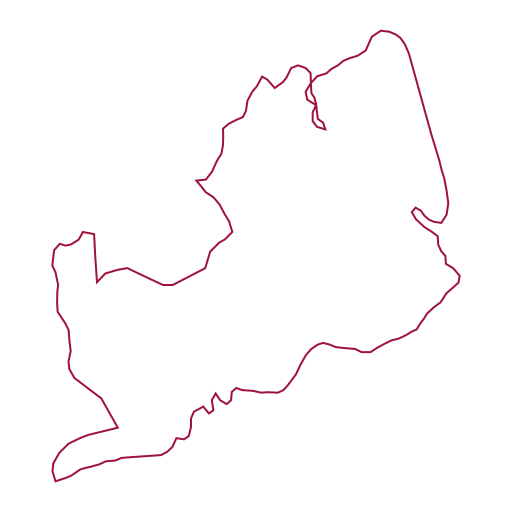 Cedral, Maranhão, Brazil (Equal Earth projection)
{"feature_id": "56859067B34122306289677", "entity_name": "Cedral", "entity_type": "district", "adm_level": 2, "iso_a3": "BRA", "parent_name": "Brazil", "parent_adm1": "Maranhão", "projection": "equal_earth", "projection_center": [-44.6, -1.977], "detail": "fine", "context": "isolated", "style": "outline", "palette": "rose", "viewbox_px": 512, "rotation_deg": 0, "n_neighbors": 0, "source": "geoboundaries", "source_scale": "gbopen_adm2", "svg_char_len": 2422}
<svg xmlns="http://www.w3.org/2000/svg" viewBox="0 0 512 512"><path d="M296.0,374.3L300.5,364.7L305.8,355.3L310.9,349.3L317.7,344.6L323.1,342.9L329.8,344.6L335.7,347.1L342.9,347.9L349.5,348.5L355.1,348.9L361.5,352.1L370.6,352.1L377.2,347.8L384.9,343.6L392.0,340.2L398.3,338.8L405.9,335.2L412.1,331.4L416.6,329.5L420.1,323.7L424.1,318.4L427.2,313.4L434.2,307.0L440.6,302.3L446.4,293.3L453.1,287.5L458.5,282.6L459.7,275.8L453.1,268.1L445.9,263.9L445.4,256.1L441.1,251.0L438.2,244.5L437.7,236.2L432.1,232.0L424.3,227.0L416.0,219.3L411.8,212.2L415.6,207.6L420.9,210.8L424.5,215.8L428.6,219.4L433.9,221.8L441.3,222.9L446.6,214.7L448.3,203.2L446.6,190.8L444.2,178.1L441.6,169.8L439.3,160.5L436.8,152.3L431.0,133.2L416.3,80.2L408.9,53.6L404.9,44.3L400.3,37.8L395.6,34.4L389.1,31.7L380.9,30.7L371.9,36.7L369.2,42.6L365.8,50.4L357.7,55.7L349.3,58.3L343.4,60.8L337.8,65.4L331.3,69.0L326.4,73.4L317.3,76.2L310.9,83.1L310.6,73.1L305.6,68.0L298.0,65.4L291.2,68.0L286.6,77.4L282.7,82.3L274.7,88.0L267.2,79.5L262.1,76.6L256.8,86.4L252.5,91.4L247.5,100.6L245.9,111.0L242.9,117.1L236.3,119.9L228.8,123.7L223.0,128.6L223.2,136.1L223.0,145.1L221.4,153.7L216.9,160.9L212.1,171.6L205.9,179.6L196.3,180.6L200.9,186.0L205.7,192.2L213.4,197.2L219.6,204.6L224.6,214.0L229.1,221.3L232.3,232.0L224.9,239.4L219.1,242.7L210.2,251.6L207.7,260.0L205.2,268.2L172.7,285.0L163.0,285.0L150.8,279.3L127.3,268.1L117.3,269.9L105.3,273.5L97.0,282.2L95.2,255.7L94.1,234.1L82.9,232.0L78.7,239.6L70.9,244.5L65.3,245.6L59.8,243.8L54.1,250.2L52.3,265.7L55.4,271.9L58.1,284.7L57.3,292.1L57.1,302.6L57.6,311.6L65.6,323.9L68.6,330.2L69.5,341.3L70.7,351.1L68.5,361.5L69.3,369.0L74.4,378.0L101.3,398.4L117.8,427.7L89.0,434.7L81.3,437.5L68.5,443.7L59.2,453.0L53.3,463.4L52.5,471.2L55.5,481.3L64.6,478.3L70.7,476.0L75.4,472.8L80.2,469.5L85.0,468.0L90.1,466.9L99.2,464.4L105.9,461.3L115.4,460.5L121.7,457.9L130.5,457.2L161.0,455.1L167.1,451.9L172.4,446.9L176.4,438.2L184.1,439.3L188.7,436.1L191.0,427.0L191.0,418.5L193.9,411.7L203.3,406.6L208.9,413.5L213.4,410.3L211.8,400.2L215.7,393.5L220.1,400.2L226.7,404.1L231.0,400.2L231.8,392.0L236.3,388.0L242.2,390.1L252.6,390.8L261.4,392.7L267.5,392.2L277.9,392.7L283.5,390.1L287.6,385.5L296.0,374.3ZM316.2,105.2L317.8,118.9L323.1,122.6L325.3,129.4L317.0,126.8L312.7,121.2L312.7,112.1L316.2,105.2ZM310.9,83.1L311.4,93.1L314.6,98.1L316.2,105.2L307.2,99.6L305.6,91.7L310.9,83.1Z" fill="none" stroke="#9f1239" stroke-width="2"/></svg>